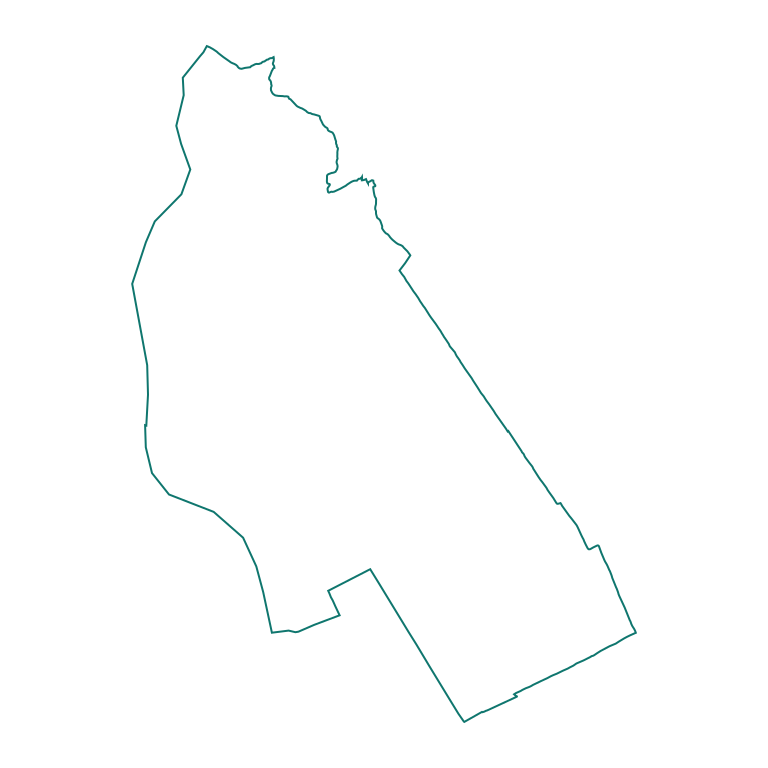 outline of Banesti, Prahova, Romania
{"feature_id": "2599482B67789430920031", "entity_name": "Banesti", "entity_type": "district", "adm_level": 2, "iso_a3": "ROU", "parent_name": "Romania", "parent_adm1": "Prahova", "projection": "albers", "projection_center": [25.79, 45.09], "detail": "fine", "context": "isolated", "style": "outline", "palette": "teal", "viewbox_px": 768, "rotation_deg": 0, "n_neighbors": 0, "source": "geoboundaries", "source_scale": "gbopen_adm2", "svg_char_len": 6002}
<svg xmlns="http://www.w3.org/2000/svg" viewBox="0 0 768 768"><path d="M464.3,721.9L482.0,711.9L482.5,712.2L484.4,711.6L485.9,710.8L486.7,710.6L487.9,710.1L516.8,696.7L516.9,696.4L516.7,696.3L515.2,695.3L514.1,694.3L516.1,693.0L520.6,691.0L522.4,689.9L525.9,688.2L528.6,687.2L530.0,686.6L531.4,685.9L533.0,684.9L539.9,681.6L540.9,681.1L547.4,678.1L550.7,676.3L553.3,675.1L556.8,673.7L562.9,670.7L567.7,668.6L570.0,667.3L573.4,665.6L576.4,663.5L583.6,660.4L590.9,656.7L591.1,656.4L591.7,656.1L593.0,655.8L594.0,655.3L597.4,653.0L600.7,650.9L609.6,646.2L615.8,643.6L616.7,643.0L619.0,641.5L624.3,638.3L627.1,636.8L630.4,635.2L635.8,632.8L635.3,631.3L634.6,629.8L634.0,628.7L632.5,626.4L631.4,624.2L630.4,621.3L629.8,620.3L624.7,607.6L619.3,596.0L618.6,594.3L618.0,592.1L617.3,590.2L616.7,588.6L616.1,587.4L615.1,584.9L612.8,579.2L612.3,578.0L611.6,575.5L609.9,571.1L609.3,570.1L607.5,565.9L606.7,564.3L605.1,561.6L604.5,560.4L601.3,552.8L599.1,546.7L598.8,546.0L598.6,545.8L598.2,545.5L597.8,545.4L597.0,545.6L593.3,547.4L590.5,549.0L590.0,549.2L588.9,549.3L588.3,549.0L587.8,548.4L587.4,547.8L585.7,544.5L584.2,541.3L583.5,539.4L582.7,538.0L581.4,535.4L577.9,527.7L577.0,525.9L576.4,524.9L571.3,518.3L569.3,515.9L562.0,505.7L561.4,504.5L560.5,503.1L558.4,503.7L557.3,503.8L556.9,503.6L556.3,502.9L553.3,498.0L549.2,492.3L547.6,490.0L546.5,487.9L542.2,482.0L540.6,480.0L538.6,477.1L533.2,468.6L533.1,468.2L532.5,466.9L531.8,465.9L529.7,463.3L525.3,457.4L524.5,456.0L524.1,454.9L523.4,453.6L522.5,452.8L522.0,452.2L521.5,451.1L508.3,431.0L507.7,431.5L505.9,428.6L503.7,425.5L495.5,413.9L493.7,410.9L489.0,404.1L486.6,400.9L485.6,399.4L483.7,396.3L481.0,393.0L477.6,387.5L473.1,380.6L471.7,378.2L466.5,370.9L464.8,368.5L462.4,364.7L460.6,362.1L459.8,360.5L458.1,358.0L456.9,356.4L455.8,354.4L454.9,352.3L450.3,346.9L449.7,346.1L448.8,343.9L444.9,338.1L444.2,337.2L443.0,335.1L441.9,333.4L440.8,331.4L439.8,329.9L438.9,328.7L435.8,324.0L431.2,317.8L429.6,315.5L424.9,308.0L423.1,305.7L421.8,303.7L420.2,301.4L418.2,297.9L416.8,295.9L415.8,294.4L413.5,291.4L408.3,283.4L406.4,280.9L404.2,276.9L402.0,274.2L399.5,270.5L405.1,263.2L410.3,255.4L409.9,254.7L407.4,251.3L403.7,247.6L402.7,246.3L401.7,245.6L400.5,245.0L398.5,244.3L397.4,243.7L395.7,242.5L392.5,239.8L391.1,238.4L389.9,237.0L389.4,236.2L388.6,235.2L387.6,234.2L385.9,233.3L385.0,232.4L383.9,231.1L382.6,229.2L382.1,228.3L382.2,226.3L382.0,225.6L380.7,221.9L380.3,220.9L379.6,219.8L378.9,219.1L378.3,218.6L377.5,218.1L377.0,217.3L376.1,214.1L376.0,213.2L376.0,211.3L375.9,210.9L375.3,209.4L375.2,208.7L375.2,207.9L375.4,206.3L375.6,205.7L375.9,204.5L376.0,203.8L376.1,199.1L376.0,198.8L375.8,198.1L374.9,196.7L374.4,195.0L373.8,192.0L373.2,187.6L373.4,186.8L373.5,186.7L375.0,186.3L375.2,186.2L375.3,186.0L375.3,185.8L375.3,185.5L375.2,185.1L374.2,183.7L373.6,182.8L373.4,181.9L373.3,180.6L372.0,180.2L371.5,180.4L370.6,181.1L368.9,181.9L368.3,182.4L368.2,182.6L368.0,183.0L368.0,183.4L367.1,181.9L366.0,179.1L364.0,180.0L362.3,180.3L361.9,180.3L362.1,178.2L362.0,177.0L361.8,177.4L361.2,177.7L360.5,178.5L360.1,178.8L359.6,178.8L358.7,178.8L357.2,180.2L357.1,180.5L356.6,180.7L354.7,180.7L353.6,180.9L351.9,181.6L350.5,182.4L347.3,184.5L345.7,185.8L343.6,186.9L340.4,188.7L334.1,191.6L332.3,191.9L331.3,191.7L329.1,192.6L328.6,192.5L328.2,192.2L328.0,191.7L327.7,190.2L327.5,188.9L327.6,188.6L327.9,187.7L328.3,187.2L329.0,186.2L329.7,185.2L329.8,184.4L329.6,184.1L327.6,183.5L327.3,183.1L327.1,182.7L326.9,181.7L326.9,180.7L327.0,178.2L327.0,176.4L327.0,175.8L327.3,175.1L328.3,174.2L331.8,172.9L332.5,172.9L334.2,172.4L335.1,172.0L335.7,171.6L336.1,170.7L336.6,170.0L337.1,169.1L337.4,167.7L337.6,166.3L337.4,165.0L336.7,163.0L336.6,162.3L336.6,161.7L337.1,159.5L337.5,158.9L337.5,158.4L337.3,156.9L337.3,156.1L337.4,153.6L337.3,153.0L337.5,150.8L337.9,149.1L337.9,148.4L337.6,147.6L337.2,147.2L336.9,146.6L336.8,146.2L336.8,145.2L336.2,144.0L336.1,143.5L336.0,142.7L336.1,141.6L336.0,141.2L335.4,139.6L334.2,135.6L333.8,134.7L333.0,133.3L332.5,132.6L331.5,132.1L329.9,131.5L328.6,130.8L328.1,130.3L327.7,129.6L327.6,128.7L327.4,128.3L326.8,127.8L325.7,127.2L324.9,126.6L323.0,124.5L321.1,120.5L320.6,119.7L320.2,118.7L319.7,116.4L319.5,116.2L318.8,115.8L314.0,114.4L312.8,114.2L311.8,113.9L310.6,113.2L308.8,113.0L307.3,112.2L305.9,110.8L303.5,109.3L301.9,108.4L300.4,107.9L297.7,106.6L297.1,106.2L296.5,105.7L290.7,99.5L290.5,99.3L289.1,98.7L288.6,97.6L288.3,96.7L287.7,96.6L286.9,96.3L286.3,96.3L284.7,96.4L282.7,96.1L278.4,95.9L275.8,95.5L274.9,95.2L273.9,94.5L273.3,94.1L272.6,93.4L272.0,92.4L271.0,90.3L270.9,88.7L271.0,88.0L271.1,87.3L271.6,85.9L271.6,85.6L271.5,85.0L271.2,84.4L271.1,82.7L270.9,81.8L270.5,80.9L270.2,80.4L269.5,79.7L269.2,79.2L269.1,77.9L269.2,77.5L269.4,76.9L269.9,76.0L271.8,71.0L272.7,69.5L273.1,68.6L273.8,68.0L274.4,67.9L274.2,66.4L274.0,65.8L273.2,64.7L272.9,63.9L272.9,63.3L273.1,62.7L273.6,61.3L273.7,60.9L273.8,59.7L273.8,58.3L273.6,57.1L273.0,57.4L272.4,57.9L271.9,58.1L270.9,58.1L269.8,58.4L269.0,58.8L268.3,59.4L267.8,59.6L267.2,59.6L266.7,59.8L266.1,60.3L265.4,60.7L264.7,61.3L263.9,61.6L263.1,61.7L262.2,62.2L261.2,63.2L260.6,63.4L259.5,63.7L259.2,63.9L257.9,64.0L256.4,63.9L255.0,64.3L252.9,65.4L251.9,65.8L250.8,66.5L250.3,67.2L245.0,67.9L241.6,68.8L239.8,68.5L238.9,68.0L237.8,66.9L237.5,66.2L236.1,64.9L234.3,63.9L232.5,63.2L230.5,62.2L230.1,61.8L223.4,57.1L218.4,53.2L216.8,51.7L215.5,50.8L212.8,49.0L210.8,47.9L210.0,47.4L206.8,46.1L203.4,52.3L200.1,56.1L182.8,77.7L183.7,95.2L176.3,125.8L181.1,143.9L190.3,169.5L181.4,194.3L154.8,221.4L145.9,242.2L132.2,283.9L147.2,365.2L148.0,394.7L146.3,425.6L145.1,425.2L145.8,447.3L152.0,473.1L169.0,494.5L213.7,511.9L243.1,537.7L256.3,566.4L263.2,592.1L271.9,632.7L288.6,630.6L295.4,632.2L298.4,631.7L314.1,624.9L339.6,615.3L335.2,606.0L334.1,603.5L332.7,600.4L330.9,597.2L329.4,593.4L328.2,590.8L370.2,569.2L378.6,582.8L408.7,632.2L416.4,644.5L430.0,667.2L451.1,701.8L458.4,713.7L463.8,721.5L464.3,721.9Z" fill="none" stroke="#0f766e" stroke-width="2"/></svg>